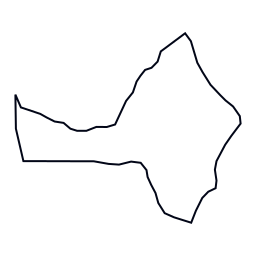 Coqueiro Seco, Alagoas, Brazil
{"feature_id": "56859067B38528567651193", "entity_name": "Coqueiro Seco", "entity_type": "district", "adm_level": 2, "iso_a3": "BRA", "parent_name": "Brazil", "parent_adm1": "Alagoas", "projection": "mercator", "projection_center": [-35.809, -9.641], "detail": "fine", "context": "isolated", "style": "outline", "palette": "ink", "viewbox_px": 256, "rotation_deg": 0, "n_neighbors": 0, "source": "geoboundaries", "source_scale": "gbopen_adm2", "svg_char_len": 784}
<svg xmlns="http://www.w3.org/2000/svg" viewBox="0 0 256 256"><path d="M191.2,222.7L195.9,210.7L202.3,197.9L208.3,191.7L215.6,188.2L216.5,180.6L214.9,169.7L216.5,161.1L225.2,144.7L231.3,135.9L236.2,129.4L240.6,123.6L239.8,116.1L233.1,106.5L225.5,100.4L220.2,95.1L210.5,84.8L202.6,72.2L197.3,62.7L190.9,41.2L185.1,33.3L160.8,51.4L157.6,61.6L151.5,67.8L145.1,69.9L140.5,75.7L136.6,81.5L132.9,92.4L126.1,100.9L115.1,124.5L106.8,127.0L96.4,126.9L86.4,130.8L77.1,130.8L70.4,128.7L63.6,122.9L54.6,121.5L46.7,117.5L40.3,113.9L20.9,107.4L15.4,94.6L15.9,128.7L23.4,161.1L93.9,161.3L108.6,163.9L119.0,164.6L131.1,161.6L140.7,162.8L146.5,170.1L147.6,177.0L151.2,184.9L155.5,193.0L158.3,203.0L164.7,213.2L174.0,217.3L181.6,219.7L191.2,222.7Z" fill="none" stroke="#020617" stroke-width="2"/></svg>